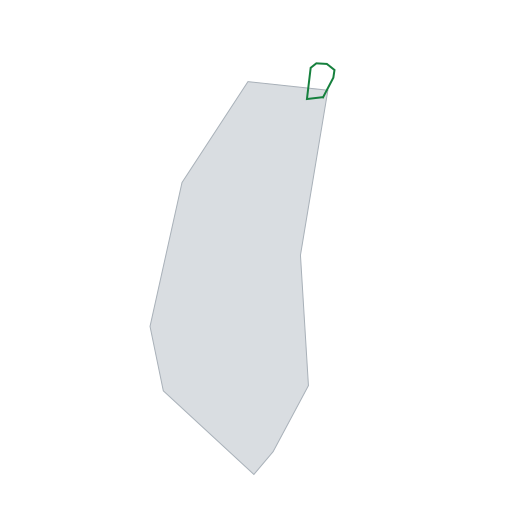 Saint Mark on a map of Dominica (Robinson projection), rotated 201°
{"feature_id": "DMA-1438", "entity_name": "Saint Mark", "entity_type": "Parish", "adm_level": 1, "iso_a3": "DMA", "parent_name": "Dominica", "parent_adm1": "", "projection": "robinson", "projection_center": [-61.362, 15.223], "detail": "fine", "context": "in_parent", "style": "outline", "palette": "green", "viewbox_px": 512, "rotation_deg": 201, "n_neighbors": 0, "source": "natural_earth", "source_scale": "10m", "svg_char_len": 453}
<svg xmlns="http://www.w3.org/2000/svg" viewBox="0 0 512 512"><g transform="rotate(201 256 256)"><path d="M326.0,415.9L248.3,436.5L214.8,272.7L160.6,153.8L169.9,79.5L179.7,51.3L294.2,96.9L329.7,152.3L351.4,298.1L326.0,415.9Z" fill="#d9dde1" stroke="#a8b0b8" stroke-width="1"/><path d="M272.4,451.3L268.7,457.5L258.7,460.7L249.4,457.8L247.7,450.2L250.4,427.1L250.4,428.3L264.7,420.8L272.4,451.3Z" fill="none" stroke="#15803d" stroke-width="2"/></g></svg>